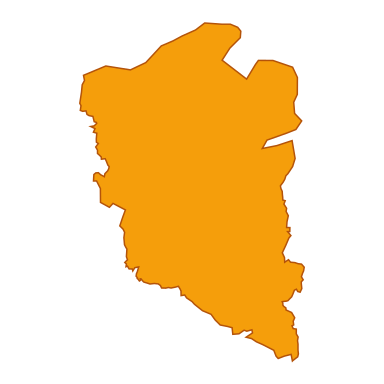 Vavatsinia, Larnaca, Cyprus (Equal Earth projection)
{"feature_id": "46923920B57203172631689", "entity_name": "Vavatsinia", "entity_type": "district", "adm_level": 2, "iso_a3": "CYP", "parent_name": "Cyprus", "parent_adm1": "Larnaca", "projection": "equal_earth", "projection_center": [33.234, 34.887], "detail": "fine", "context": "isolated", "style": "filled", "palette": "amber", "viewbox_px": 384, "rotation_deg": 0, "n_neighbors": 0, "source": "geoboundaries", "source_scale": "gbopen_adm2", "svg_char_len": 2902}
<svg xmlns="http://www.w3.org/2000/svg" viewBox="0 0 384 384"><path d="M83.5,75.3L84.5,80.5L82.2,84.8L81.5,92.1L79.8,103.3L81.0,105.7L80.3,110.4L82.6,111.3L86.0,110.9L87.0,114.4L89.0,115.6L92.9,116.4L94.2,121.7L96.4,122.4L96.7,123.4L94.1,125.9L90.7,126.5L95.0,128.6L93.4,132.2L96.8,133.2L96.6,135.3L96.3,139.0L96.4,142.2L98.3,143.5L95.7,147.0L97.5,150.1L97.5,153.5L98.7,154.5L101.2,156.9L101.4,159.2L105.2,158.7L106.4,161.4L107.9,165.2L109.2,166.6L108.7,168.7L107.7,170.8L104.9,173.7L104.3,176.7L100.6,174.7L98.4,172.7L95.8,172.9L93.9,174.5L93.7,177.1L93.5,181.0L96.6,181.0L100.4,188.5L100.5,202.4L109.4,207.3L113.0,203.4L125.4,209.9L122.8,217.0L119.8,225.9L123.1,229.2L124.6,232.3L124.5,233.0L123.9,237.7L124.5,244.7L125.7,247.1L126.9,249.1L126.4,256.7L127.5,259.8L126.7,260.5L124.8,262.5L126.4,263.9L126.0,266.7L127.4,266.1L129.1,268.9L132.3,269.0L132.8,270.9L134.8,267.7L138.7,266.9L137.2,272.1L136.5,273.5L136.1,276.2L137.4,277.8L137.2,278.5L138.1,279.2L139.4,281.0L140.0,280.7L140.7,279.8L140.4,278.8L141.1,278.9L142.3,280.5L143.7,282.0L144.9,282.4L147.6,283.2L149.9,284.0L154.3,283.5L158.2,283.9L160.4,285.5L161.6,288.0L165.8,288.1L168.3,287.5L171.1,288.0L175.1,287.2L178.4,286.3L179.9,288.7L181.0,291.0L181.1,295.6L184.7,295.0L186.6,297.9L192.1,301.6L194.4,304.2L202.5,310.7L211.1,314.3L215.2,320.0L220.1,324.9L220.2,325.0L227.7,326.5L232.1,327.7L232.8,334.3L239.0,333.8L244.1,330.2L246.8,331.2L251.9,329.8L252.5,332.9L246.1,337.2L251.6,338.6L256.4,341.8L262.5,344.5L273.8,350.3L276.1,356.2L278.2,358.5L284.4,356.1L291.1,354.4L292.4,361.0L292.7,360.7L297.7,356.8L298.4,353.9L298.0,350.1L298.0,344.7L298.0,344.1L297.5,340.7L298.1,337.0L296.3,333.9L296.3,329.1L293.2,328.6L292.0,325.8L293.7,324.9L293.2,321.2L294.7,317.8L293.5,315.7L291.6,312.5L286.1,310.0L285.8,307.8L284.0,306.6L282.9,305.3L282.8,303.2L282.2,301.7L283.9,301.4L286.1,301.2L287.9,300.7L289.6,298.9L291.7,296.8L292.8,294.3L294.4,290.2L296.4,289.2L297.7,291.5L300.1,292.2L301.8,288.6L301.3,283.6L301.3,281.8L303.2,279.8L301.4,276.8L302.5,273.4L303.6,270.9L304.2,267.2L301.5,264.1L298.1,263.7L294.9,262.6L290.5,262.2L288.5,259.7L284.7,262.2L284.5,257.6L282.3,252.8L285.8,245.3L288.9,238.0L290.9,235.6L287.6,231.6L289.8,231.5L289.9,227.6L286.6,227.5L287.0,221.8L288.3,215.7L286.1,211.5L286.6,208.3L283.9,204.1L285.2,200.7L282.8,200.0L282.8,199.8L282.7,197.2L282.4,194.5L282.2,191.3L280.9,188.5L280.4,185.8L283.1,182.2L284.8,179.2L285.9,175.7L287.7,173.9L288.8,172.3L292.6,166.6L295.1,158.5L292.4,142.5L292.1,140.6L276.9,145.6L270.3,146.9L262.3,148.5L267.0,140.1L287.0,133.0L295.9,129.5L301.7,120.9L294.6,113.4L293.7,102.2L297.3,94.4L297.4,77.5L292.6,67.2L273.0,60.5L258.4,60.4L255.5,64.4L246.6,79.1L222.1,60.2L229.8,48.2L240.3,37.7L240.8,31.2L237.7,27.3L230.3,24.2L221.7,24.2L204.7,23.0L195.5,30.0L182.3,35.9L173.0,40.9L161.3,45.9L145.8,62.6L130.4,69.9L105.8,66.0L83.5,75.3Z" fill="#f59e0b" stroke="#b45309" stroke-width="1.5"/></svg>